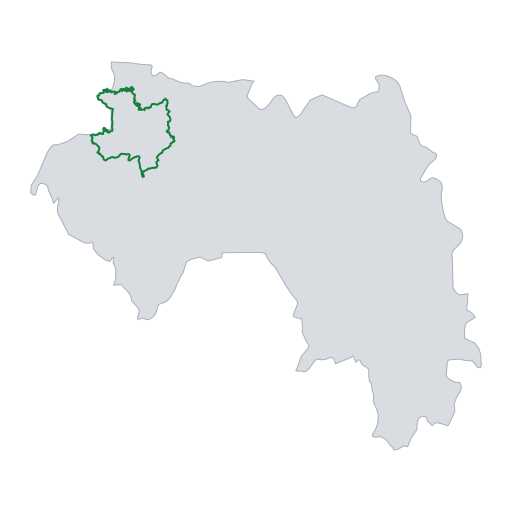 Gaoual, Gaoual, Guinea shown in context
{"feature_id": "49546643B28661548838550", "entity_name": "Gaoual", "entity_type": "district", "adm_level": 2, "iso_a3": "GIN", "parent_name": "Guinea", "parent_adm1": "Gaoual", "projection": "natural_earth1", "projection_center": [-13.638, 11.692], "detail": "fine", "context": "in_parent", "style": "outline", "palette": "green", "viewbox_px": 512, "rotation_deg": 0, "n_neighbors": 0, "source": "geoboundaries", "source_scale": "gbopen_adm2", "svg_char_len": 9490}
<svg xmlns="http://www.w3.org/2000/svg" viewBox="0 0 512 512"><path d="M322.1,359.8L317.4,359.1L315.3,360.1L309.1,368.6L305.4,371.8L299.6,370.8L297.5,371.4L295.9,370.5L298.0,365.8L301.0,356.6L308.7,347.4L308.8,345.4L305.7,340.0L302.4,332.6L302.3,324.7L301.7,319.0L294.9,317.4L293.7,316.5L293.5,314.5L297.3,304.7L297.6,302.7L297.1,300.9L292.9,295.8L286.4,286.5L275.2,267.3L271.0,263.3L267.0,257.5L265.5,253.7L261.4,252.4L222.4,252.7L221.7,257.6L208.3,261.0L200.0,257.1L190.9,259.4L186.4,262.0L183.0,273.1L181.0,275.5L179.0,280.5L177.2,283.3L175.2,288.8L170.9,296.7L166.3,301.7L158.5,304.5L156.0,312.8L154.2,315.9L151.2,318.3L148.0,319.8L141.6,318.2L138.1,319.7L137.5,317.7L139.5,311.1L137.9,307.7L131.7,300.9L131.2,297.6L129.3,293.4L121.2,284.6L113.7,285.1L115.8,277.8L115.7,268.1L113.1,262.7L113.8,257.3L112.4,257.6L109.9,261.4L105.8,260.2L97.6,254.4L93.5,248.8L93.0,244.0L92.1,242.1L89.6,243.1L84.5,243.0L68.8,234.5L57.7,213.1L57.4,208.2L59.0,199.9L58.6,197.7L53.5,203.2L52.6,199.5L48.7,190.9L47.5,185.9L43.8,183.7L40.8,183.3L38.4,185.0L35.4,195.0L33.1,195.0L30.7,192.8L31.2,185.3L37.3,175.9L47.4,152.2L51.0,146.8L53.2,144.9L58.0,144.7L67.3,141.5L78.7,134.1L87.4,134.7L97.7,133.8L111.2,128.7L111.3,112.8L110.9,109.3L106.1,106.1L103.3,103.3L100.9,99.8L98.0,97.3L98.1,94.7L104.1,91.3L109.5,91.3L111.4,90.0L112.7,87.7L114.3,82.0L114.8,75.9L111.2,67.8L111.4,62.0L131.1,62.9L141.9,64.5L150.8,64.9L152.2,66.2L151.0,71.8L152.1,75.1L155.1,76.0L160.0,72.1L162.6,73.0L168.2,77.8L173.3,79.2L178.9,81.8L184.2,83.2L188.9,83.0L192.4,85.8L199.0,86.6L207.5,83.2L214.2,81.6L223.5,81.3L228.4,82.4L242.7,79.6L254.0,81.2L252.2,83.1L247.1,95.8L247.7,98.1L259.1,108.9L261.9,109.7L265.0,108.2L269.9,103.2L273.7,97.8L277.4,95.2L281.8,95.4L285.3,99.2L293.4,115.1L295.5,117.2L297.4,117.1L301.0,114.1L302.8,110.6L310.3,100.1L321.9,94.8L349.6,106.9L353.7,107.8L356.1,106.9L359.5,99.8L369.9,93.7L374.9,92.0L377.8,91.8L378.8,89.8L379.3,86.9L378.8,83.9L375.5,78.5L375.4,76.9L377.3,75.9L381.2,75.1L386.4,75.6L392.2,78.0L396.9,81.3L399.6,85.4L404.9,102.2L410.8,115.5L410.6,133.2L413.2,135.0L416.0,135.7L417.4,137.1L420.2,144.4L422.9,146.6L426.1,147.1L432.1,151.8L436.0,153.6L436.5,155.0L436.4,156.9L434.9,159.4L429.2,164.3L426.3,168.5L420.5,178.5L420.3,180.4L421.5,181.7L424.0,182.0L426.6,181.3L432.0,177.6L436.3,178.9L440.4,181.7L441.9,184.6L442.3,188.5L441.4,193.4L441.3,198.9L442.7,208.3L444.9,217.6L447.0,221.0L460.8,229.3L462.1,232.4L462.8,235.8L461.8,240.6L460.4,243.2L453.0,250.6L451.8,254.1L452.4,260.6L453.1,288.0L456.1,292.6L459.6,295.0L467.8,293.7L467.6,301.3L466.6,309.8L471.4,312.5L473.8,315.1L475.2,317.5L467.6,322.0L465.4,324.7L464.4,331.8L464.7,338.4L474.9,343.1L478.9,348.6L480.6,354.3L481.3,365.1L480.4,367.6L477.8,367.6L472.6,361.0L464.6,360.3L458.8,359.1L448.9,359.9L447.3,361.9L446.2,376.3L448.6,378.7L453.2,381.4L456.3,382.5L458.9,382.2L460.8,384.0L461.3,388.7L459.9,392.2L457.4,395.4L454.2,403.7L454.9,411.3L449.4,423.4L447.8,425.8L440.5,423.4L435.7,422.6L432.2,425.6L427.4,420.9L426.5,417.2L424.8,416.4L421.6,416.4L418.6,418.5L417.3,422.3L416.7,430.1L411.4,437.5L407.6,446.7L403.2,445.8L402.3,446.9L397.7,449.3L393.7,450.0L392.6,447.5L390.3,445.5L387.7,441.6L384.7,438.5L379.1,436.3L376.9,437.3L374.2,437.0L372.4,435.8L372.7,433.9L375.6,429.1L377.3,424.7L378.2,419.9L378.2,415.3L376.6,408.9L374.0,403.7L373.4,400.8L373.7,396.6L373.1,392.6L372.3,390.6L371.1,383.1L369.6,381.8L368.7,375.8L368.9,369.7L366.8,367.4L363.3,365.7L361.3,363.3L360.0,360.6L358.8,359.9L357.7,360.0L356.8,361.7L355.6,362.0L353.6,356.3L352.8,356.1L351.4,357.4L335.5,363.7L333.5,358.3L330.4,357.4L325.2,359.5L322.1,359.8Z" fill="#d9dde1" stroke="#a8b0b8" stroke-width="1"/><path d="M103.8,159.5L105.1,160.4L106.0,160.2L106.7,159.8L107.3,159.1L108.0,158.7L109.9,158.0L110.8,157.3L111.2,157.4L113.0,157.1L113.5,157.3L114.1,157.8L117.1,157.4L117.7,157.1L119.4,155.7L120.7,154.0L122.0,153.8L123.7,153.9L124.6,154.2L125.1,154.1L126.6,154.5L127.2,154.2L128.9,154.2L129.3,154.5L129.7,155.6L128.4,159.3L128.6,160.3L129.7,160.4L130.5,160.0L131.9,158.7L133.3,158.1L134.6,157.1L136.0,156.9L136.7,156.4L138.6,156.3L139.1,156.5L139.6,157.6L138.6,160.5L138.7,161.2L139.3,162.3L139.8,164.8L140.1,168.1L141.6,170.8L141.7,174.0L142.7,176.9L143.8,176.5L143.4,174.8L142.6,172.7L142.4,171.6L142.9,171.4L143.8,171.3L144.5,171.2L145.1,170.7L147.6,169.4L148.0,168.8L148.7,168.4L149.1,168.6L149.7,168.7L151.6,168.0L151.9,167.8L153.5,168.0L154.5,167.6L154.9,167.8L155.2,167.5L155.7,167.5L156.1,167.6L156.8,166.8L157.4,165.8L157.3,165.0L156.5,163.1L156.4,162.1L158.5,160.2L157.5,158.8L156.8,157.5L158.0,155.7L159.2,154.5L160.1,153.7L162.0,152.7L161.8,152.5L162.0,152.3L162.7,151.0L163.7,149.8L164.9,149.4L166.0,148.6L166.9,148.2L168.3,147.9L168.8,147.3L169.2,146.4L170.2,146.0L170.6,144.8L170.6,143.7L170.9,143.3L171.8,143.1L172.4,142.3L173.5,141.3L173.9,140.8L174.3,141.3L174.5,141.0L174.2,140.4L173.8,139.6L173.5,138.8L173.7,138.7L174.1,137.9L174.1,137.3L173.7,136.7L172.8,137.6L172.6,136.9L172.2,136.9L172.1,136.6L171.7,136.6L171.5,136.2L171.1,136.5L171.1,135.7L170.3,135.4L169.9,134.9L169.9,133.9L169.1,132.8L169.0,132.3L168.3,132.6L167.5,132.3L166.9,131.6L166.9,130.9L167.8,130.4L168.7,129.6L168.8,128.5L169.2,127.4L168.2,125.9L168.0,124.6L168.2,123.2L167.9,121.8L169.1,121.3L169.8,121.3L170.3,120.3L170.5,119.7L169.9,117.3L167.5,114.4L168.5,112.7L169.5,111.5L168.8,110.7L168.1,110.3L167.2,110.1L166.7,109.8L166.6,108.7L166.4,108.1L166.2,105.9L167.0,105.6L166.9,104.5L167.6,103.0L167.5,102.0L167.1,101.2L167.3,100.5L167.0,100.3L166.8,100.0L166.4,99.7L166.2,99.7L165.4,99.4L165.3,98.8L164.9,99.0L164.6,99.6L163.7,100.0L163.3,100.5L162.9,101.0L162.6,101.8L162.3,102.5L160.1,103.0L159.7,103.4L158.8,103.7L158.1,104.2L157.4,104.7L156.8,104.5L156.0,104.4L154.6,104.0L154.1,104.0L153.9,103.9L152.2,104.1L151.6,104.8L151.2,105.8L151.0,106.1L151.0,107.0L150.6,107.2L150.1,107.2L149.4,107.5L149.3,107.9L149.0,108.2L148.3,108.3L147.5,107.5L146.2,108.0L145.2,107.9L144.8,108.3L144.6,108.9L144.9,109.2L144.7,109.8L144.3,109.5L143.4,109.5L142.9,109.5L142.3,109.7L141.6,109.8L141.3,109.5L140.3,109.5L139.7,109.9L139.1,110.0L138.7,109.4L138.8,108.8L139.2,108.8L140.3,108.8L140.5,108.5L140.6,108.1L140.0,107.9L139.0,107.7L139.2,106.6L139.4,105.9L139.8,105.4L140.1,104.8L139.8,104.2L139.0,103.9L138.7,103.6L137.7,103.3L137.5,103.6L137.4,104.0L137.5,105.0L137.9,104.7L138.9,104.8L138.8,105.4L138.2,106.1L137.0,105.9L136.6,105.7L136.0,104.8L135.7,104.0L135.8,103.5L134.8,103.7L134.6,103.2L134.1,102.7L133.9,102.1L134.8,101.3L135.4,100.9L135.2,100.2L134.3,100.1L134.0,99.0L134.5,98.1L134.7,97.7L134.7,97.0L134.5,95.8L134.9,95.4L134.9,94.7L133.9,94.0L132.7,93.5L132.2,93.0L132.0,91.8L131.7,91.4L130.5,90.9L130.8,90.5L131.5,90.3L132.6,90.2L133.1,90.1L133.3,89.9L133.7,89.2L133.5,88.7L132.9,88.5L132.2,89.5L131.7,89.5L131.4,89.3L132.0,88.3L132.2,87.6L131.8,86.9L131.4,87.1L130.8,88.4L130.1,88.6L129.5,88.4L128.9,88.8L128.8,89.1L129.1,90.5L128.9,90.9L128.0,90.1L127.6,89.5L127.0,88.0L126.6,87.7L126.2,87.7L125.9,88.0L125.5,88.9L125.5,89.5L125.9,89.8L126.9,90.4L127.1,90.7L127.1,91.1L126.8,91.4L126.3,91.1L125.8,90.7L125.5,90.6L125.1,90.7L124.4,90.2L123.9,89.3L123.4,89.0L123.0,88.9L122.7,88.9L122.5,89.3L122.5,90.6L122.2,91.0L121.9,90.7L121.3,89.4L120.9,89.1L120.5,89.4L120.1,90.0L119.9,90.9L119.7,91.5L119.1,91.8L118.4,91.9L118.1,91.8L117.4,92.0L117.1,92.6L116.7,93.3L116.1,93.6L115.4,93.8L114.9,93.9L114.9,93.4L115.5,92.8L115.5,92.1L115.0,91.7L114.4,91.5L113.7,91.7L112.5,91.7L112.0,92.4L111.4,92.4L111.2,92.2L110.5,90.8L109.7,90.3L109.4,90.2L109.2,90.4L108.8,91.2L108.7,91.9L108.5,92.0L107.3,92.1L107.1,92.0L106.7,91.6L106.7,91.4L106.7,91.1L107.3,90.7L107.5,90.4L107.5,89.3L107.3,88.9L107.1,88.8L106.8,89.3L106.6,89.9L105.7,91.6L105.4,91.4L105.2,90.7L105.3,90.1L105.2,89.8L104.9,89.7L103.8,89.9L103.3,90.2L103.2,90.4L103.8,91.0L103.9,91.3L103.9,91.9L103.6,92.8L100.1,93.2L99.7,93.3L99.6,94.1L99.5,94.6L99.2,95.1L98.9,95.5L97.5,95.7L97.5,97.1L97.7,97.3L98.0,98.0L98.0,98.6L98.2,99.1L98.9,99.8L99.2,99.8L101.0,100.2L101.9,100.5L102.2,100.9L102.2,101.8L102.2,102.0L102.7,102.5L103.1,102.8L104.3,103.4L105.1,103.6L105.9,104.0L106.1,104.2L106.3,104.6L106.6,106.4L107.1,106.6L107.4,107.0L109.4,108.1L112.4,108.8L112.8,109.1L113.0,109.6L112.9,109.9L112.7,110.1L112.4,112.0L112.2,114.0L112.2,116.1L112.1,116.8L111.9,117.6L111.9,118.3L111.9,119.2L112.3,121.0L112.3,123.5L112.4,124.0L112.4,124.9L112.1,125.3L112.0,125.7L111.9,127.0L112.2,127.7L112.3,128.2L112.4,130.6L112.2,130.9L111.3,130.9L110.6,131.2L110.0,131.7L109.9,132.0L109.6,132.4L108.8,132.5L108.6,132.0L108.5,131.9L108.4,131.9L108.3,132.2L108.1,132.3L107.7,131.9L107.1,131.7L107.1,130.8L107.2,130.7L107.5,130.6L107.5,130.3L107.4,130.1L107.0,130.2L106.9,130.5L106.7,130.8L105.8,131.0L105.4,130.0L105.1,130.0L105.0,129.5L105.2,129.4L105.6,129.2L105.6,128.9L105.2,128.4L104.6,128.1L103.8,128.0L103.4,128.6L103.2,129.2L103.4,129.7L103.8,129.9L103.9,129.6L104.0,129.2L104.3,129.7L104.2,130.2L103.7,131.0L103.7,131.7L103.5,132.2L102.8,133.6L102.9,133.9L101.1,133.8L100.6,133.6L99.8,133.0L99.4,132.9L98.9,133.4L98.5,134.1L98.3,134.4L98.1,134.5L95.1,135.3L94.7,135.2L93.7,134.7L92.7,134.5L92.2,134.9L91.2,135.1L90.9,135.5L92.1,136.9L92.6,138.1L91.9,139.3L91.7,140.7L92.0,141.2L92.1,141.6L92.9,142.0L92.7,143.3L93.5,143.6L95.2,143.6L96.3,144.3L99.3,147.5L99.1,149.5L98.2,151.7L97.9,151.8L97.5,152.5L97.9,152.7L98.3,152.4L98.7,152.4L98.8,153.5L99.2,153.9L99.8,153.8L100.3,154.2L100.3,154.5L101.3,155.4L101.7,156.2L102.7,156.4L102.7,156.7L103.3,157.3L103.3,158.2L103.8,159.5Z" fill="none" stroke="#15803d" stroke-width="2"/></svg>